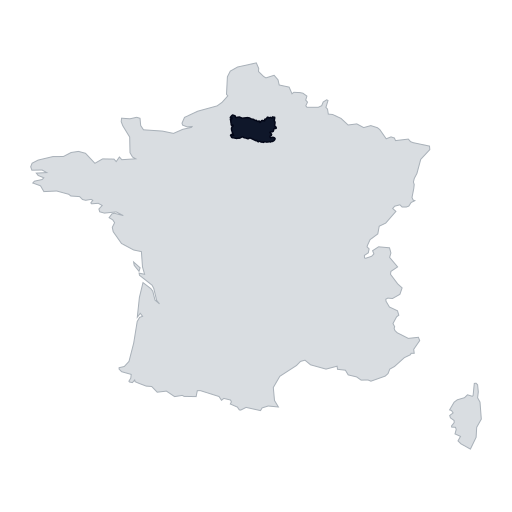 Oise on a map of France (Natural Earth projection)
{"feature_id": "FRA-5331", "entity_name": "Oise", "entity_type": "Metropolitan department", "adm_level": 1, "iso_a3": "FRA", "parent_name": "France", "parent_adm1": "", "projection": "natural_earth1", "projection_center": [2.414, 49.417], "detail": "fine", "context": "in_parent", "style": "filled", "palette": "ink", "viewbox_px": 512, "rotation_deg": 0, "n_neighbors": 0, "source": "natural_earth", "source_scale": "10m", "svg_char_len": 6527}
<svg xmlns="http://www.w3.org/2000/svg" viewBox="0 0 512 512"><path d="M414.8,200.7L411.1,202.5L408.8,206.1L406.4,207.0L402.1,207.0L399.9,204.8L394.7,206.2L392.7,208.5L395.9,211.4L385.7,223.1L379.2,226.2L377.8,233.9L370.1,239.6L367.3,245.7L367.1,246.9L369.1,248.9L368.3,252.8L364.4,255.4L364.5,257.9L365.6,258.3L371.6,256.3L373.9,253.9L372.6,250.7L378.6,246.8L389.5,247.8L390.9,253.0L389.6,257.4L397.6,266.9L390.9,271.4L390.5,274.3L397.7,283.9L402.1,287.9L399.9,294.3L392.5,298.5L387.8,298.1L385.8,299.2L386.0,301.2L389.4,307.0L397.5,310.8L398.8,315.2L396.6,316.8L393.0,323.5L394.7,326.8L394.1,328.2L394.9,330.5L397.1,332.7L408.3,338.4L418.4,337.3L419.7,340.6L413.7,349.3L414.2,353.3L411.1,353.3L410.5,354.7L404.4,357.6L394.5,366.5L389.8,369.1L388.0,373.6L385.2,376.1L370.9,381.2L368.1,380.0L361.1,380.1L356.6,376.9L348.2,374.9L345.4,370.2L337.5,369.3L337.1,366.2L326.0,369.1L310.5,364.8L305.0,360.2L300.5,361.4L296.5,365.5L279.8,376.3L273.3,387.5L274.5,400.5L278.4,407.0L268.2,406.0L262.1,407.9L260.5,410.6L246.1,407.4L240.7,410.1L239.3,409.9L237.4,407.1L230.3,404.0L231.4,401.9L230.5,400.0L223.8,398.4L221.5,400.3L219.0,396.5L200.3,390.6L197.3,390.7L196.1,396.6L184.1,396.4L182.3,395.4L174.6,396.6L166.4,391.1L157.2,392.2L151.7,386.5L146.2,386.1L138.6,383.2L135.1,381.7L134.7,380.0L132.4,382.6L129.5,382.0L128.9,381.2L130.8,378.1L131.2,374.4L121.6,371.7L119.1,369.1L119.1,367.7L124.3,366.5L129.0,361.4L133.7,343.1L137.2,321.5L139.6,317.4L142.6,316.3L140.3,313.3L137.3,317.2L139.4,297.4L143.0,282.6L150.9,288.7L152.8,291.3L155.0,300.1L159.5,303.9L156.6,300.3L153.8,288.5L152.1,285.2L139.5,275.3L139.1,273.1L144.6,274.3L142.5,266.9L141.4,251.6L133.7,250.0L121.5,243.5L113.2,231.7L112.3,227.3L114.6,222.7L112.7,219.8L109.1,217.7L112.0,213.8L114.5,213.3L123.3,215.6L116.2,211.9L104.4,213.1L99.7,211.8L98.9,209.0L102.2,205.5L98.3,203.3L91.6,203.8L90.8,202.9L92.8,200.3L91.1,199.4L85.6,200.3L82.5,199.5L79.6,196.6L70.8,196.0L68.8,194.3L56.7,191.0L43.9,191.6L40.5,185.8L32.8,183.0L34.4,181.2L42.2,179.5L43.8,177.8L38.2,175.5L36.3,173.1L46.7,172.6L42.1,170.0L31.9,170.2L30.7,166.8L32.1,163.2L38.1,160.1L52.8,156.6L63.4,156.5L71.1,152.5L78.5,151.4L85.5,153.3L94.9,163.3L102.6,158.9L114.0,159.1L116.2,161.6L119.4,157.0L121.8,159.7L135.7,158.8L132.5,157.0L130.0,152.7L129.7,137.1L122.8,125.8L121.2,121.7L121.6,118.2L129.9,118.8L136.7,117.3L140.0,118.3L140.7,125.6L143.5,129.8L162.5,131.1L173.5,133.4L182.8,129.3L191.5,127.4L192.1,126.5L187.2,126.9L182.6,125.1L182.0,123.2L184.5,117.4L197.7,111.2L217.1,105.9L222.1,102.3L227.8,95.9L226.5,94.3L227.4,76.8L230.3,71.1L237.6,67.0L256.3,62.9L258.7,68.4L258.5,71.5L263.5,76.4L265.9,77.9L274.1,75.3L278.0,79.8L279.2,85.0L289.1,87.1L292.0,93.8L293.8,92.3L300.0,92.6L302.9,93.2L306.9,96.1L305.7,100.1L307.5,102.1L305.8,105.8L307.0,107.3L318.3,107.3L321.7,105.7L323.2,102.0L326.7,99.8L328.0,100.5L325.9,107.4L327.5,109.1L328.3,114.1L332.6,114.5L341.0,118.4L348.1,125.0L356.8,123.9L363.7,127.6L370.8,125.6L377.4,127.7L379.8,129.6L386.2,138.8L391.0,136.9L394.4,138.0L395.5,140.6L408.3,139.1L410.6,141.7L413.3,142.7L429.5,146.1L429.8,149.6L420.7,159.4L416.9,173.5L414.3,178.4L413.4,182.0L414.2,184.5L413.8,188.3L412.0,197.5L413.2,200.1L414.8,200.7ZM478.3,391.9L477.6,397.8L480.0,402.1L481.3,419.1L476.7,427.3L476.1,437.3L470.4,449.1L460.9,443.8L458.0,440.9L460.5,436.4L455.0,433.9L456.2,429.5L455.5,427.3L451.7,427.1L451.5,426.0L454.2,422.6L454.1,420.5L450.4,417.8L449.7,415.5L453.1,412.9L451.5,410.5L449.6,409.9L454.1,402.2L457.3,399.8L464.5,397.7L467.5,394.8L472.3,396.3L473.1,395.6L474.3,383.4L476.0,383.2L477.6,384.8L478.3,391.9ZM140.1,267.8L139.0,271.3L134.2,265.3L133.6,262.0L140.1,267.8Z" fill="#d9dde1" stroke="#a8b0b8" stroke-width="1"/><path d="M274.6,117.3L274.7,117.7L274.7,118.1L274.3,120.1L274.3,120.5L274.3,120.8L274.8,121.6L275.0,122.3L275.0,123.0L274.7,124.8L274.7,125.3L274.8,125.7L274.9,126.2L275.1,126.5L275.7,126.8L275.9,127.0L276.1,127.4L276.2,127.9L276.1,128.3L275.7,128.5L275.4,128.5L274.9,128.3L274.6,128.2L274.1,128.6L273.5,130.5L273.2,131.3L272.3,131.8L270.7,131.9L269.9,132.4L269.9,132.6L271.3,133.9L271.5,134.3L271.6,134.7L271.2,135.5L270.5,135.8L269.9,136.3L270.1,137.2L270.3,137.6L270.5,137.7L270.8,137.7L272.5,137.3L273.1,137.3L274.2,137.7L274.6,138.0L275.0,138.4L275.0,138.9L274.8,139.5L274.4,140.1L273.9,140.6L273.5,140.9L272.8,141.3L272.4,141.5L271.9,141.4L271.5,141.5L271.1,141.6L270.6,142.0L270.4,142.0L269.9,141.7L269.6,141.6L269.1,141.8L266.7,142.1L265.0,141.7L264.7,141.7L264.4,141.7L264.0,141.9L263.9,142.2L263.7,142.3L263.2,142.4L262.9,142.3L262.7,142.2L262.4,141.9L262.1,141.9L261.5,142.1L261.2,142.1L260.8,141.9L260.2,141.4L259.5,141.2L258.2,141.8L257.5,141.3L257.2,141.0L257.1,140.7L256.9,140.6L256.7,140.4L256.2,140.7L255.9,140.7L250.5,138.1L250.0,138.0L249.4,138.1L248.4,138.7L248.0,138.7L247.5,138.7L245.5,137.9L244.8,137.8L244.3,137.8L243.5,137.4L243.1,137.2L242.9,137.0L242.7,136.8L242.4,136.7L241.9,136.9L241.6,137.1L240.2,137.9L239.8,138.1L239.2,138.2L237.7,138.2L236.6,138.5L236.1,138.3L235.2,138.2L233.8,137.8L232.8,137.8L232.4,137.7L232.1,137.6L231.7,137.4L231.5,137.1L231.4,136.7L231.3,136.4L230.9,136.0L230.7,135.5L230.6,135.3L230.7,135.2L231.1,134.6L231.4,134.5L231.7,134.4L232.0,134.6L232.3,134.8L232.6,135.2L232.7,135.3L232.8,135.3L233.0,135.4L233.4,135.3L233.5,135.3L233.5,135.2L233.3,134.6L232.5,132.8L231.6,130.0L231.5,128.9L231.5,128.4L231.6,127.9L231.9,127.3L232.1,126.8L232.2,126.6L232.3,126.6L232.6,126.5L232.9,126.3L233.1,125.8L233.1,125.5L232.9,125.1L232.6,125.0L232.2,125.1L231.8,125.3L231.6,125.3L231.3,125.0L231.2,124.6L231.1,123.2L231.0,122.8L230.9,122.4L230.8,121.2L230.8,120.4L230.6,120.2L230.5,119.9L230.4,119.7L230.6,119.5L231.2,119.2L231.6,119.0L231.9,118.5L232.1,118.1L231.9,117.8L231.6,117.8L231.3,117.8L231.0,118.0L230.7,118.0L230.4,118.0L230.3,117.7L230.5,117.2L231.6,115.8L231.9,115.5L232.4,115.2L232.7,115.0L234.7,115.7L235.2,116.0L235.3,116.4L235.5,117.3L235.8,117.5L239.4,117.0L242.2,118.2L247.5,117.6L249.6,118.0L251.2,119.0L253.7,119.4L254.6,120.3L254.9,120.4L255.2,120.5L255.9,120.3L256.2,120.3L257.4,121.3L257.9,121.5L258.3,121.4L258.9,121.0L259.3,121.1L259.5,121.4L259.7,122.3L260.0,122.5L260.3,122.4L260.5,122.1L260.6,121.7L260.8,121.5L261.7,120.6L262.1,120.5L262.9,120.5L264.2,120.9L264.6,120.8L264.8,120.6L264.8,120.3L264.7,120.0L264.7,119.6L264.9,119.2L265.3,119.1L266.1,118.9L266.5,118.6L267.1,117.6L267.4,117.2L267.9,117.2L269.0,117.8L269.6,117.8L270.0,117.5L270.4,117.4L270.8,117.5L271.8,118.1L272.3,118.1L272.6,117.8L272.6,117.0L274.6,117.3Z" fill="#0f172a" stroke="#020617" stroke-width="1.5"/></svg>